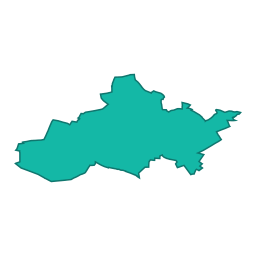 Tukums, Tukums, Latvia (Robinson projection)
{"feature_id": "27541924B84924671818931", "entity_name": "Tukums", "entity_type": "district", "adm_level": 2, "iso_a3": "LVA", "parent_name": "Latvia", "parent_adm1": "Tukums", "projection": "robinson", "projection_center": [23.156, 56.969], "detail": "fine", "context": "isolated", "style": "filled", "palette": "teal", "viewbox_px": 256, "rotation_deg": 0, "n_neighbors": 0, "source": "geoboundaries", "source_scale": "gbopen_adm2", "svg_char_len": 5520}
<svg xmlns="http://www.w3.org/2000/svg" viewBox="0 0 256 256"><path d="M129.3,75.1L122.6,76.8L122.4,76.9L122.2,76.9L118.6,77.1L115.0,77.2L113.7,80.0L113.6,80.5L112.4,83.5L112.4,83.8L112.4,84.0L112.1,85.9L112.1,86.1L111.7,86.1L111.7,86.3L111.9,87.9L111.9,89.4L111.9,91.9L110.8,92.3L110.5,92.4L110.2,92.5L109.2,92.7L107.9,93.0L107.6,93.1L106.6,93.3L105.2,93.5L104.2,93.6L103.2,93.8L102.2,93.9L101.3,94.1L101.0,94.1L100.8,94.1L100.8,94.3L100.5,94.3L101.3,98.1L102.8,100.0L103.8,101.0L107.4,103.7L108.2,104.3L105.8,106.3L104.8,107.2L103.6,108.2L103.3,108.4L102.6,109.0L101.4,109.3L100.6,109.5L97.1,110.2L95.7,110.5L92.4,111.1L91.2,111.3L86.5,112.1L86.4,112.1L86.1,112.1L85.2,112.4L83.4,113.7L81.1,113.5L79.8,115.8L79.5,116.4L79.2,117.1L78.1,118.0L78.8,118.3L78.7,118.6L79.5,118.9L78.9,119.6L78.7,119.8L78.4,119.7L78.0,120.1L77.7,120.5L77.2,121.2L77.1,121.8L76.8,122.1L76.2,122.0L72.1,121.3L72.0,121.5L71.3,122.4L70.8,123.1L70.4,123.8L70.0,124.6L69.7,124.8L68.1,123.7L67.2,123.3L65.6,122.9L65.3,122.8L64.8,122.7L64.5,122.6L63.2,122.3L58.2,120.8L53.1,119.9L52.0,121.4L51.6,122.1L51.4,122.6L49.9,126.1L49.0,128.3L47.8,131.4L47.7,131.5L47.5,131.9L47.1,132.8L46.9,133.2L46.7,133.7L46.2,134.9L45.7,136.0L44.0,139.4L44.0,139.5L42.3,139.8L41.0,140.1L40.8,140.1L40.6,140.1L38.3,140.2L35.6,140.4L31.2,140.6L29.6,140.9L28.1,141.2L27.7,141.3L27.3,141.4L26.7,141.5L26.1,141.6L24.7,141.8L23.3,142.0L23.1,142.0L22.6,142.2L23.5,143.3L18.6,143.9L17.5,147.3L16.9,148.9L16.4,149.5L15.8,150.2L17.7,150.6L19.7,151.0L19.6,151.5L19.6,151.9L19.9,152.7L19.9,152.8L19.9,161.5L19.8,161.9L15.7,163.3L15.4,163.5L19.2,166.5L19.7,166.9L21.1,168.0L29.8,171.2L29.9,171.3L30.4,171.4L31.1,171.7L38.2,174.4L42.1,176.6L43.9,177.6L44.4,177.9L45.0,178.4L45.8,178.6L46.2,178.8L46.5,179.0L51.3,181.5L55.2,181.1L64.0,180.3L67.5,179.9L70.3,179.6L71.1,179.5L71.5,179.3L73.7,178.0L75.2,177.4L76.9,176.6L78.4,175.8L79.4,175.2L80.2,174.7L82.4,174.0L83.8,173.4L84.2,173.2L84.5,173.1L85.0,172.8L85.2,172.6L85.5,172.3L85.8,171.8L86.2,171.1L86.3,171.0L86.5,170.8L86.6,170.6L87.2,169.6L87.8,168.6L88.4,167.6L89.6,165.9L89.7,165.7L89.8,165.3L91.0,165.4L91.9,165.4L93.0,165.3L94.2,165.2L94.8,164.4L95.4,163.6L95.4,162.7L95.4,161.9L96.3,162.4L97.2,162.9L97.6,163.1L97.9,163.3L98.6,163.7L99.3,164.1L100.4,164.7L101.4,165.2L102.0,165.5L102.5,165.7L103.8,166.3L105.1,166.8L106.8,167.3L108.5,167.9L108.7,167.7L108.8,167.4L111.0,167.9L113.1,168.3L114.5,168.6L116.0,168.8L116.7,169.1L117.5,169.3L118.0,169.3L118.6,169.3L118.8,169.3L119.0,169.3L119.3,169.5L119.6,169.6L119.8,169.7L120.1,169.8L120.4,170.0L120.9,170.1L121.4,170.2L121.8,170.2L122.2,170.2L122.8,170.3L123.4,170.4L124.6,170.8L125.7,171.1L125.6,171.4L127.9,172.2L130.2,173.0L132.4,173.9L134.7,174.9L134.8,174.8L134.9,174.7L135.7,175.2L136.6,175.6L136.4,175.8L137.8,176.9L139.4,177.9L138.6,173.1L145.0,167.2L148.7,167.1L148.8,163.9L149.0,161.8L150.0,160.4L150.4,159.9L153.8,160.3L154.6,160.3L154.8,158.2L159.8,158.5L159.8,157.5L159.9,156.0L162.3,155.0L162.7,156.0L163.9,157.1L165.3,157.8L166.9,158.5L167.9,158.7L168.8,159.0L169.7,159.2L169.8,159.3L170.0,159.3L173.2,159.9L176.1,160.5L177.0,162.0L175.6,163.9L176.5,165.7L177.4,167.6L179.0,167.1L181.8,166.1L184.0,165.4L184.8,166.5L189.6,173.0L190.2,173.8L190.8,174.6L191.3,174.4L191.8,174.3L192.3,174.1L193.7,174.0L194.2,173.9L194.2,173.7L194.8,172.2L195.3,171.1L195.7,170.1L196.5,169.3L198.5,170.3L199.0,170.6L200.7,169.3L202.5,168.0L202.3,167.8L202.0,167.6L201.4,167.2L200.7,166.8L200.3,166.5L199.8,166.1L201.0,165.0L202.2,163.8L201.8,163.6L201.4,163.3L200.9,162.9L199.6,162.0L199.0,161.5L200.9,158.8L203.8,154.6L197.9,153.0L198.8,152.6L203.0,150.5L204.1,149.9L211.4,145.6L215.3,143.2L216.4,142.6L217.3,142.1L217.7,141.9L218.4,141.5L220.9,139.9L221.3,139.5L220.5,138.5L218.8,135.7L218.2,135.1L217.0,132.7L216.5,131.8L216.7,131.7L221.7,129.7L225.5,128.3L226.8,127.7L228.0,127.2L229.6,126.5L229.8,126.4L229.7,126.3L229.6,126.2L229.0,124.8L228.0,122.2L227.2,120.4L229.2,120.5L233.1,120.6L235.2,120.4L234.3,120.0L233.5,119.5L233.4,119.3L233.3,119.1L233.0,118.5L232.8,117.9L232.7,117.8L232.6,117.6L233.7,117.3L233.5,117.1L234.8,116.7L236.2,115.7L236.6,115.1L237.2,114.4L239.3,114.0L240.2,113.0L240.6,112.5L238.2,111.9L237.0,111.6L235.9,111.8L235.0,112.0L233.6,111.8L232.6,111.6L231.9,111.2L229.1,111.0L225.5,112.2L224.7,112.3L223.0,111.5L222.0,111.1L220.7,110.5L220.5,110.4L219.8,110.2L218.3,109.9L217.2,109.7L216.5,109.6L216.3,109.6L216.1,109.7L215.9,109.9L215.7,110.2L215.9,110.6L216.0,110.8L216.7,111.8L217.0,112.4L217.0,112.5L217.0,113.0L216.5,113.6L215.6,114.0L215.1,114.2L214.6,114.4L214.3,114.6L214.1,114.8L214.1,115.1L213.6,115.5L213.4,115.7L212.7,116.6L211.6,117.5L211.0,118.1L210.6,118.3L208.8,119.6L208.2,119.9L206.9,120.4L206.1,120.6L205.4,121.1L205.4,120.9L205.2,120.7L202.3,117.8L202.1,117.2L199.5,114.9L193.4,111.3L191.2,110.3L192.1,109.5L191.0,109.0L189.0,108.3L187.3,108.1L189.6,105.8L190.3,105.0L187.9,103.9L182.1,102.5L182.3,104.7L182.4,105.8L182.2,106.1L182.2,108.3L182.1,109.0L179.6,108.7L177.7,108.7L177.2,108.8L173.9,110.1L171.3,110.5L170.6,110.8L168.7,112.0L166.6,110.7L166.4,109.8L163.7,109.7L162.6,109.6L162.2,108.9L161.6,104.4L161.1,102.7L161.1,100.1L161.8,99.3L163.0,99.4L163.3,98.8L163.3,98.2L163.5,97.9L164.4,97.1L164.2,96.3L163.5,95.7L163.6,95.4L162.4,94.3L160.9,93.3L160.3,93.1L155.7,91.8L153.7,90.9L152.0,92.1L151.3,92.4L151.2,93.0L145.3,90.6L143.7,89.3L141.7,87.0L141.7,86.8L139.3,83.7L137.9,82.1L135.3,79.9L135.0,78.7L134.7,77.5L134.5,76.5L134.3,74.5L130.4,74.7L130.2,74.7L129.3,75.1Z" fill="#14b8a6" stroke="#0f766e" stroke-width="1.5"/></svg>